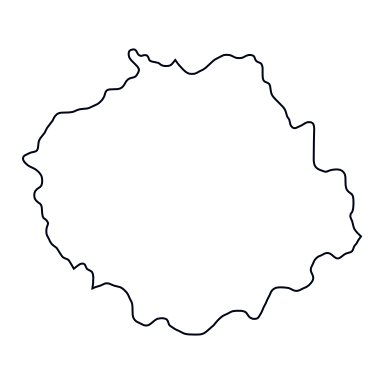 Santo Domingo Norte, Santo Domingo, Dominican Republic
{"feature_id": "3306468B69906942456290", "entity_name": "Santo Domingo Norte", "entity_type": "district", "adm_level": 2, "iso_a3": "DOM", "parent_name": "Dominican Republic", "parent_adm1": "Santo Domingo", "projection": "albers", "projection_center": [-69.908, 18.61], "detail": "fine", "context": "isolated", "style": "outline", "palette": "ink", "viewbox_px": 384, "rotation_deg": 0, "n_neighbors": 0, "source": "geoboundaries", "source_scale": "gbopen_adm2", "svg_char_len": 5579}
<svg xmlns="http://www.w3.org/2000/svg" viewBox="0 0 384 384"><path d="M213.8,325.1L216.3,322.0L218.3,319.8L220.4,317.8L222.7,316.0L224.4,315.1L226.9,314.0L230.7,312.0L232.4,311.3L234.3,311.0L236.2,310.8L239.1,310.8L241.9,310.9L243.6,311.3L245.2,311.9L245.8,312.4L246.4,312.9L248.6,316.1L249.7,317.3L251.2,318.2L252.9,318.8L254.6,318.9L256.3,318.7L257.1,318.4L257.9,317.9L258.9,316.7L261.4,312.5L262.1,311.0L263.5,307.6L265.9,303.0L267.3,299.6L269.3,295.8L271.1,291.8L272.1,290.4L273.4,289.2L274.9,288.3L275.8,287.9L277.6,287.5L280.5,287.3L284.4,287.5L287.2,287.8L289.1,288.2L290.7,288.9L292.9,290.0L294.4,290.6L295.3,290.8L297.1,290.9L298.0,290.7L299.6,290.2L302.5,288.7L305.9,287.2L306.7,286.8L309.1,285.0L311.1,282.9L312.2,281.3L313.0,279.6L313.2,278.7L313.2,277.0L312.7,275.3L311.1,271.7L310.9,270.9L310.8,269.1L310.9,268.3L311.5,266.7L313.0,263.7L314.0,261.3L314.9,259.7L316.1,258.4L317.4,257.2L318.9,256.3L321.4,255.3L324.3,253.7L325.9,253.2L326.8,253.0L328.6,253.1L330.3,253.8L331.8,254.8L334.5,257.1L336.0,258.0L336.7,258.3L337.6,258.4L338.4,258.4L339.2,258.1L340.7,257.3L343.6,255.0L345.1,254.0L346.7,253.3L350.8,252.1L352.1,251.2L352.9,249.9L353.9,247.1L354.5,245.8L356.4,243.7L358.3,240.2L361.0,236.4L357.0,232.5L355.7,230.9L354.6,229.3L354.1,228.4L353.5,226.6L352.2,221.3L350.9,218.4L350.4,216.9L350.3,216.2L350.5,214.7L351.0,213.4L352.2,211.9L352.5,211.2L353.1,208.7L353.4,205.7L353.5,202.7L353.4,199.7L353.2,197.8L352.8,196.0L352.0,194.5L351.4,193.9L349.0,192.1L347.8,191.0L346.8,189.6L346.1,187.9L345.6,185.0L345.4,176.9L345.0,174.9L344.3,173.2L343.2,171.8L341.8,170.7L340.1,169.9L338.1,169.5L336.0,169.4L332.9,169.7L330.1,170.3L326.5,171.7L325.7,171.7L324.2,171.5L319.7,169.8L318.1,169.0L316.7,168.0L315.5,166.7L314.6,165.1L314.3,164.2L313.9,162.1L313.7,160.0L313.9,141.6L314.2,128.7L313.9,125.8L313.3,124.1L312.7,123.3L312.0,122.8L311.2,122.4L309.5,122.1L307.8,122.2L306.9,122.4L305.3,123.1L301.7,125.3L295.9,128.0L294.4,128.2L293.6,128.0L292.9,127.7L291.7,126.7L290.8,125.4L290.4,124.6L289.3,119.9L289.0,119.2L287.4,116.9L287.1,116.3L285.7,111.4L284.9,109.6L283.8,107.9L282.5,106.4L275.0,98.8L273.6,97.2L272.4,95.6L271.5,93.8L271.2,92.8L270.8,90.8L270.1,86.1L269.5,84.5L269.0,83.8L267.9,83.0L265.3,81.9L264.6,81.5L264.1,81.0L263.6,80.4L263.2,79.6L262.8,77.9L262.6,75.0L262.6,68.0L262.3,66.2L261.7,64.6L261.3,63.9L260.7,63.3L259.4,62.6L257.4,61.8L256.3,61.0L255.5,59.9L254.5,57.3L253.6,56.0L253.0,55.6L251.4,55.1L250.6,55.0L248.9,55.0L248.0,55.2L246.4,55.7L242.7,57.6L240.9,58.0L239.0,58.1L237.2,58.0L235.4,57.6L230.8,55.4L229.1,55.0L226.3,54.8L224.4,55.0L223.5,55.2L221.9,55.9L214.8,59.6L212.5,61.5L205.7,67.8L203.3,69.5L200.0,71.1L196.3,73.1L194.6,73.7L192.7,73.9L190.8,73.9L189.0,73.6L187.2,72.8L185.5,71.7L183.2,69.6L180.3,66.5L178.2,64.1L175.3,60.0L171.6,64.4L170.3,65.3L168.5,65.9L166.6,66.0L164.7,66.0L162.8,65.6L161.2,65.0L159.0,63.3L158.3,62.9L156.6,62.5L152.1,61.6L150.5,61.0L149.8,60.5L149.3,59.9L148.0,56.7L147.6,56.2L147.1,55.7L146.5,55.3L145.2,55.1L143.9,55.2L141.4,55.9L140.1,55.7L138.9,55.0L137.9,54.0L136.2,50.8L135.2,49.9L134.5,49.5L133.1,49.4L131.0,49.9L130.3,50.3L129.6,50.8L129.1,51.6L128.8,52.4L128.7,53.2L128.7,55.0L129.1,56.7L129.4,57.6L129.9,58.5L131.1,60.1L137.4,66.5L138.4,68.1L138.8,68.9L138.9,69.8L138.7,71.3L138.1,72.7L136.6,75.3L135.5,76.5L134.1,77.2L130.1,78.3L129.3,78.6L127.9,79.5L126.2,81.3L124.1,85.0L123.1,86.3L121.8,87.5L120.3,88.4L119.4,88.7L117.5,89.1L109.7,89.4L108.0,89.8L107.2,90.2L106.5,90.7L105.6,92.0L104.1,96.7L102.7,99.1L101.5,100.6L100.1,102.0L98.6,103.3L97.0,104.3L89.0,108.0L87.0,108.5L80.9,109.1L78.9,109.5L77.1,110.1L74.0,111.5L72.3,112.0L69.4,112.4L61.2,112.7L59.2,113.1L58.3,113.4L56.8,114.3L55.0,116.2L54.1,117.6L52.6,120.6L51.2,122.5L47.6,127.2L46.7,128.6L44.7,132.7L40.5,138.0L39.5,139.7L39.1,140.5L38.6,142.3L38.0,147.6L37.6,149.2L37.2,149.9L36.7,150.6L36.1,151.1L35.4,151.4L33.8,151.9L31.4,152.4L29.7,153.0L24.8,155.4L24.2,155.9L23.6,156.5L23.3,157.2L23.1,158.1L23.0,158.9L23.2,159.8L24.0,161.4L25.8,163.5L28.0,165.4L29.6,166.4L33.8,168.4L35.5,169.4L37.1,170.6L39.2,172.6L40.4,174.2L41.4,175.9L41.7,176.8L42.1,178.7L42.2,181.4L42.0,183.2L41.6,184.9L40.8,186.3L40.2,186.9L37.0,189.1L35.4,190.9L35.0,191.7L34.4,193.4L34.3,194.3L34.3,196.2L34.6,198.0L35.0,198.9L35.9,200.3L37.6,202.0L40.1,203.8L40.6,204.4L41.1,205.1L41.4,205.9L41.8,207.7L42.2,213.5L42.7,216.3L43.4,217.8L43.9,218.3L45.7,219.6L46.7,220.6L47.5,221.8L47.8,222.4L48.0,223.1L48.0,223.8L47.8,224.5L46.6,228.1L46.3,230.8L46.5,233.6L46.7,234.5L47.4,236.1L49.0,239.1L50.1,241.6L51.6,243.8L53.4,245.5L56.6,247.9L57.5,249.2L58.8,251.3L61.9,256.1L62.9,257.2L64.2,258.0L67.7,259.4L68.9,260.4L71.6,264.8L73.8,268.7L77.8,265.6L79.9,264.2L81.3,263.7L82.9,263.6L83.7,263.8L84.4,264.2L84.9,264.8L85.3,265.4L86.2,267.5L87.0,268.9L88.2,269.7L90.4,270.8L91.8,271.8L92.3,272.6L93.0,274.5L93.3,277.7L93.1,283.3L92.4,288.4L95.5,287.1L100.7,285.5L104.5,283.7L106.1,283.3L107.0,283.3L108.8,283.5L114.2,285.7L119.6,287.0L120.5,287.3L122.2,288.3L123.7,289.5L125.1,290.9L126.5,292.3L127.6,293.9L128.5,295.6L129.6,298.1L131.5,301.9L132.1,303.7L132.4,305.7L132.7,314.9L133.1,316.9L133.8,318.6L134.8,320.0L136.1,321.2L136.8,321.7L143.7,325.1L145.5,325.5L146.4,325.5L148.2,325.2L149.0,324.8L150.6,323.8L155.0,320.2L156.6,319.2L157.5,318.8L160.3,318.3L162.1,318.2L163.9,318.4L165.5,318.8L166.3,319.2L166.9,319.7L167.8,321.0L169.0,324.5L169.9,325.7L174.7,328.9L176.2,329.7L179.5,331.2L183.3,333.2L185.1,333.8L187.1,334.2L189.1,334.4L195.3,334.6L198.3,334.5L200.3,334.4L202.3,333.9L204.1,333.2L206.5,331.5L213.8,325.1Z" fill="none" stroke="#020617" stroke-width="2"/></svg>